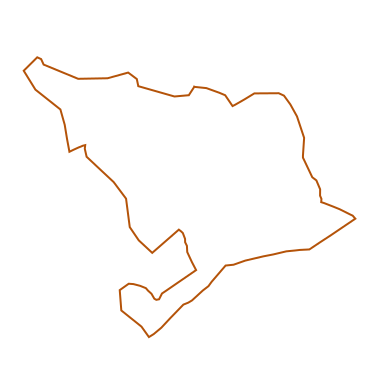 Daura, Katsina, Nigeria (Natural Earth projection), rotated 267°
{"feature_id": "59680162B94433697734962", "entity_name": "Daura", "entity_type": "district", "adm_level": 2, "iso_a3": "NGA", "parent_name": "Nigeria", "parent_adm1": "Katsina", "projection": "natural_earth1", "projection_center": [8.275, 12.981], "detail": "fine", "context": "isolated", "style": "outline", "palette": "amber", "viewbox_px": 384, "rotation_deg": 267, "n_neighbors": 0, "source": "geoboundaries", "source_scale": "gbopen_adm2", "svg_char_len": 1447}
<svg xmlns="http://www.w3.org/2000/svg" viewBox="0 0 384 384"><g transform="rotate(267 192 192)"><path d="M314.6,134.5L310.0,113.6L311.0,84.2L327.0,50.5L332.6,48.3L334.6,44.5L321.9,30.3L302.4,41.0L281.3,64.9L265.8,68.4L251.4,70.0L238.6,71.7L240.5,76.2L241.8,79.5L242.5,81.3L243.2,83.5L243.9,85.3L244.4,87.8L240.8,87.2L232.7,88.6L217.7,103.0L206.0,114.3L188.8,125.8L160.2,128.0L146.5,136.3L133.3,149.1L155.1,176.9L153.2,179.1L151.5,180.7L145.6,182.6L144.7,182.6L142.2,182.5L138.5,184.1L132.3,184.1L122.1,188.2L113.8,192.0L94.9,161.2L92.2,156.7L86.6,153.5L86.2,150.7L87.4,148.8L92.5,146.2L95.7,143.0L98.4,140.9L101.0,135.3L103.1,128.7L103.7,124.0L97.8,114.7L77.4,115.2L60.2,134.5L49.4,141.4L52.1,146.3L58.1,154.3L67.0,163.5L74.9,172.0L80.0,177.5L81.7,182.5L83.7,186.3L93.1,197.7L97.1,203.5L101.3,206.9L116.8,221.7L117.2,229.7L120.7,241.6L124.0,259.9L125.4,269.9L127.8,283.1L128.2,291.9L128.5,296.6L128.5,306.2L135.1,317.3L141.6,328.5L156.8,353.7L160.0,351.2L161.1,349.1L167.1,338.5L170.0,332.3L174.0,323.4L175.1,320.5L178.3,320.9L181.6,319.7L188.0,320.1L197.1,316.8L200.4,312.9L217.4,305.9L220.5,304.6L222.5,304.7L240.2,306.8L262.0,300.8L274.3,294.8L283.4,288.9L286.1,283.8L287.2,259.4L284.5,254.4L281.7,249.2L276.8,239.5L275.7,237.0L286.9,230.2L289.7,224.4L295.0,211.8L296.8,200.3L297.1,199.7L296.4,199.4L290.5,195.1L288.8,193.9L288.8,193.2L288.3,179.5L300.5,143.9L307.7,142.8L314.6,134.5Z" fill="none" stroke="#b45309" stroke-width="2"/></g></svg>